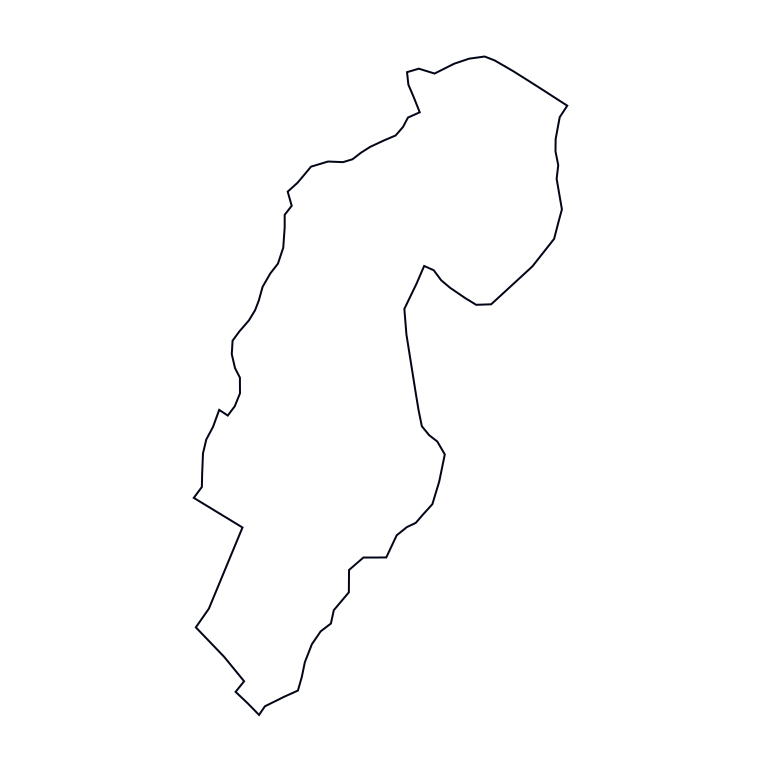 the district of Sarandi, Paraná, Brazil, rotated 352°
{"feature_id": "56859067B2105412976878", "entity_name": "Sarandi", "entity_type": "district", "adm_level": 2, "iso_a3": "BRA", "parent_name": "Brazil", "parent_adm1": "Paraná", "projection": "albers", "projection_center": [-51.867, -23.477], "detail": "fine", "context": "isolated", "style": "outline", "palette": "ink", "viewbox_px": 768, "rotation_deg": 352, "n_neighbors": 0, "source": "geoboundaries", "source_scale": "gbopen_adm2", "svg_char_len": 1404}
<svg xmlns="http://www.w3.org/2000/svg" viewBox="0 0 768 768"><g transform="rotate(352 384 384)"><path d="M450.2,78.4L449.8,91.0L453.3,103.9L457.2,119.9L444.8,123.5L438.6,132.1L430.1,139.5L418.5,142.6L403.4,147.2L393.5,151.7L384.0,157.1L374.3,158.6L359.6,155.9L342.0,158.6L326.5,172.6L315.4,180.1L317.4,194.7L309.2,202.6L307.5,214.8L303.2,235.0L295.7,250.1L286.8,258.7L277.3,270.9L271.5,284.2L266.6,293.0L259.1,302.2L248.0,311.9L240.1,320.0L237.4,333.3L238.7,347.7L242.2,357.6L240.1,373.2L233.1,385.3L224.9,393.5L217.2,386.7L208.7,402.7L200.3,414.2L195.1,427.5L191.4,447.8L189.3,460.6L179.8,470.3L223.9,506.4L179.3,582.1L163.8,598.8L187.7,631.9L204.1,658.9L194.2,668.2L204.7,681.4L214.2,694.3L221.2,686.6L241.3,679.9L256.1,675.6L261.9,662.5L266.9,648.5L276.4,631.6L286.9,620.1L298.1,613.8L302.8,601.0L320.2,585.4L323.5,563.3L339.4,553.0L362.1,556.1L375.5,535.6L386.7,528.9L396.2,525.9L403.6,519.4L415.2,509.7L425.1,488.3L434.4,462.2L428.8,448.4L421.6,441.0L415.6,431.1L414.6,414.9L414.2,398.6L413.1,338.0L414.6,312.5L421.6,302.0L430.1,289.3L440.2,272.7L449.1,278.3L455.1,289.3L463.0,298.1L476.2,310.1L486.3,318.4L501.2,320.0L547.3,288.2L572.7,263.9L579.6,247.2L584.5,235.8L583.5,204.9L587.0,191.6L586.2,177.4L588.1,165.2L595.1,144.3L604.2,133.9L576.5,110.0L555.5,92.2L538.5,78.9L529.2,73.7L513.5,73.7L498.0,76.6L477.3,83.6L462.4,76.6L450.2,78.4Z" fill="none" stroke="#020617" stroke-width="2"/></g></svg>